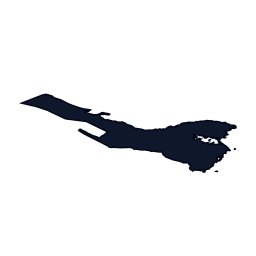 Hvalfjarðarsveit, Vesturland, Iceland, rotated 193°
{"feature_id": "244011B64770191202242", "entity_name": "Hvalfjarðarsveit", "entity_type": "district", "adm_level": 2, "iso_a3": "ISL", "parent_name": "Iceland", "parent_adm1": "Vesturland", "projection": "equal_earth", "projection_center": [-21.787, 64.41], "detail": "fine", "context": "isolated", "style": "filled", "palette": "ink", "viewbox_px": 256, "rotation_deg": 193, "n_neighbors": 0, "source": "geoboundaries", "source_scale": "gbopen_adm2", "svg_char_len": 5735}
<svg xmlns="http://www.w3.org/2000/svg" viewBox="0 0 256 256"><g transform="rotate(193 128 128)"><path d="M215.8,142.3L219.2,140.6L237.3,128.3L222.4,128.3L210.6,127.2L191.0,122.9L170.1,125.0L147.0,119.7L149.6,116.1L152.2,113.8L153.1,112.3L153.1,111.8L158.0,112.5L160.4,112.6L164.0,113.4L164.7,113.7L166.1,113.7L166.7,114.2L168.9,114.4L169.2,114.5L169.0,114.8L169.6,114.8L169.5,115.0L171.8,115.3L173.6,116.1L174.7,115.9L175.5,114.5L169.0,112.3L149.1,107.4L143.2,105.9L142.5,105.3L141.0,105.2L139.3,105.4L137.7,106.0L130.6,107.2L121.6,109.6L119.1,109.6L117.2,108.6L115.9,109.2L109.7,109.7L106.9,110.5L102.2,110.8L100.0,110.5L98.7,111.1L92.5,111.6L91.6,112.0L90.2,112.0L89.3,112.3L88.1,110.2L84.6,108.3L77.1,107.2L69.8,107.2L66.2,106.6L61.9,107.6L57.6,104.2L57.7,103.7L59.0,103.3L59.0,102.8L58.5,102.0L56.9,101.2L55.5,101.1L55.2,100.7L54.2,101.8L53.3,102.2L52.3,102.2L50.2,102.8L47.6,102.8L47.0,103.2L47.1,103.7L46.0,104.0L46.1,103.4L45.8,103.9L45.3,104.1L45.5,104.3L44.6,104.8L44.3,104.7L44.7,104.2L44.2,104.0L43.9,103.5L44.6,103.3L45.2,102.5L44.9,102.5L44.9,102.2L44.6,102.0L43.3,102.4L43.1,102.8L43.2,103.3L43.8,104.0L43.9,104.5L43.4,105.0L43.7,104.6L42.8,104.7L41.9,105.5L40.0,106.3L40.2,106.8L39.9,106.5L39.8,106.1L39.7,107.1L38.6,108.2L38.7,108.9L37.7,109.2L36.9,110.2L36.9,110.6L36.5,110.6L36.4,111.4L36.9,112.4L36.3,113.0L36.3,113.8L35.5,114.5L34.1,114.4L33.7,115.3L33.5,115.8L34.1,115.7L34.0,116.5L33.6,116.8L34.2,116.8L34.1,117.3L34.8,117.2L35.1,117.3L34.8,117.7L35.3,117.7L34.9,117.9L34.9,118.6L34.2,118.7L34.3,119.3L34.9,119.3L34.8,119.6L34.5,119.9L34.1,119.9L34.1,119.6L33.0,119.9L33.6,120.3L32.8,121.1L33.2,121.3L32.6,121.2L33.1,120.5L32.1,120.4L31.0,121.9L31.1,122.0L30.0,121.5L29.7,121.0L30.9,120.3L30.7,120.0L31.4,119.2L31.2,118.9L31.4,118.4L30.9,118.2L31.0,117.9L32.2,117.2L32.4,116.4L33.1,116.5L33.6,116.1L33.2,115.9L32.3,116.2L31.1,116.9L29.9,119.0L30.0,120.3L29.0,121.0L29.5,123.9L29.3,124.5L28.6,125.1L27.0,125.3L27.0,127.6L26.2,128.4L25.4,128.8L23.9,128.8L23.5,129.1L26.9,131.7L33.5,134.4L35.5,135.6L36.9,136.0L37.8,135.7L36.7,135.6L36.9,135.3L36.7,135.0L36.7,135.4L36.3,135.4L34.7,134.1L33.7,133.8L33.4,133.5L34.3,133.2L35.3,133.4L36.4,132.5L37.8,131.9L39.5,131.5L42.1,131.5L41.5,132.0L41.6,132.5L41.2,132.5L40.9,133.4L40.6,133.5L41.4,133.3L42.3,132.3L43.3,131.9L44.6,130.8L46.5,130.3L47.0,130.5L46.5,131.1L46.7,131.4L46.3,132.0L48.6,130.9L52.0,130.5L52.2,130.9L51.9,131.2L53.9,131.5L55.1,132.1L55.1,132.9L54.8,133.1L55.4,133.4L54.9,133.7L55.6,133.7L55.5,133.9L55.9,134.0L56.6,133.8L57.2,133.0L58.1,132.9L58.5,132.3L58.1,132.0L58.4,131.7L60.0,131.1L60.9,132.0L61.6,132.2L62.1,132.7L61.8,132.8L62.6,133.1L62.7,133.5L61.8,133.8L61.8,134.2L61.0,134.3L60.5,134.1L60.4,133.8L59.5,133.7L59.0,134.5L58.2,135.1L59.3,134.9L60.6,135.6L62.3,135.8L63.5,136.3L60.6,136.3L58.3,137.1L57.5,136.7L53.3,137.2L52.8,136.9L52.7,136.3L52.3,136.5L51.9,137.2L51.2,137.3L49.9,137.0L50.8,136.0L49.6,135.8L49.2,136.0L48.8,136.6L49.1,136.8L48.3,137.5L45.2,137.8L45.3,137.5L45.1,137.4L44.0,137.9L44.2,137.5L43.8,137.3L44.5,136.9L43.4,137.2L43.6,137.0L42.2,137.5L42.1,137.8L42.4,138.1L42.2,138.2L41.7,138.2L41.8,137.8L40.4,137.5L39.9,137.7L39.9,138.1L39.4,138.5L39.2,138.4L39.2,137.8L38.7,137.8L38.6,137.6L39.2,137.4L38.7,137.3L38.9,137.0L37.8,137.9L36.7,137.9L36.6,137.0L37.1,136.9L37.4,137.2L37.6,136.9L38.4,137.1L38.8,136.9L37.7,136.7L36.4,136.8L36.0,137.1L35.9,138.1L35.3,138.6L34.7,139.4L33.4,140.2L32.2,140.1L31.2,140.9L32.2,140.9L32.8,141.3L32.8,141.7L32.1,142.2L32.0,142.8L30.2,143.4L29.3,144.0L29.9,144.2L30.6,144.0L30.7,144.4L30.4,144.6L30.6,144.8L30.5,145.5L32.5,146.9L32.0,147.2L31.3,147.1L28.1,148.9L27.6,149.3L28.8,149.7L26.1,151.5L25.1,151.2L22.9,152.5L23.2,152.9L23.1,153.2L24.0,153.5L23.8,153.8L24.6,153.7L25.3,154.2L26.6,154.3L29.0,153.8L30.6,154.5L31.5,154.2L32.6,154.5L34.3,155.3L36.2,154.8L37.3,154.1L38.8,154.4L43.0,154.4L43.6,153.9L45.0,154.0L46.2,153.5L48.3,153.9L48.9,153.4L50.7,153.4L51.4,153.0L52.8,153.1L55.4,151.8L59.6,150.7L60.0,150.2L61.4,149.8L62.7,149.6L64.7,148.3L70.5,147.1L70.4,146.9L71.6,146.6L72.1,146.1L73.0,146.0L73.6,145.8L73.4,145.7L73.7,145.5L75.6,145.1L75.8,144.7L76.4,144.6L76.4,144.2L76.8,144.1L76.6,143.9L77.1,143.8L77.0,143.5L77.5,143.3L78.1,142.5L80.2,141.9L81.7,140.7L80.9,140.5L81.5,140.0L82.1,140.1L81.6,139.9L81.8,139.8L83.6,139.2L84.5,139.2L87.1,139.3L87.7,138.8L89.0,138.2L89.7,137.0L90.6,136.5L90.7,135.9L90.4,135.7L90.6,135.5L91.9,135.0L92.7,135.2L93.4,135.0L93.3,134.6L94.0,134.4L95.8,134.1L96.8,134.3L97.3,134.0L97.6,133.5L98.8,132.8L99.6,132.9L99.6,133.2L100.5,133.0L101.0,132.6L101.8,132.7L102.2,132.0L105.1,131.0L106.3,130.9L110.8,129.5L114.5,129.8L121.4,129.3L125.2,130.9L129.4,131.1L131.1,131.6L132.2,132.3L133.5,132.2L134.6,132.6L138.9,131.4L142.0,131.8L144.0,131.2L147.7,131.4L148.1,131.0L148.7,130.9L149.4,131.0L149.3,131.7L148.8,131.7L150.1,131.7L149.4,131.6L149.5,131.1L154.0,131.0L154.9,131.3L153.8,132.0L155.0,131.5L155.6,132.1L157.7,132.6L158.0,133.1L157.8,133.4L158.4,133.7L158.5,134.6L157.4,135.4L155.6,135.5L154.1,136.1L149.9,136.4L149.3,136.7L149.0,137.4L151.3,137.6L152.2,137.3L155.9,137.4L157.5,136.7L158.6,135.4L159.2,135.3L159.0,134.8L160.0,134.1L160.7,134.3L163.8,133.2L170.4,133.2L172.6,133.6L173.5,133.9L173.6,134.4L172.7,134.9L170.3,135.1L168.8,137.2L175.7,136.6L179.2,136.7L187.2,137.5L191.9,138.2L200.0,140.3L206.1,140.7L208.1,141.4L208.8,142.0L214.2,142.4L215.8,142.3ZM47.0,134.4L45.9,134.2L44.7,135.5L45.7,135.1L46.2,134.5L47.0,134.4ZM18.9,131.9L19.4,131.7L19.5,131.3L19.3,131.2L18.7,131.7L18.9,131.9ZM32.2,105.6L31.6,105.6L31.3,105.7L31.6,106.0L32.2,105.6ZM24.0,154.6L24.7,154.6L24.8,154.5L24.0,154.6ZM50.9,135.5L51.3,135.3L50.4,135.4L50.9,135.5ZM30.6,140.4L31.3,140.1L31.5,139.9L30.6,140.4Z" fill="#0f172a" stroke="#020617" stroke-width="1.5"/></g></svg>